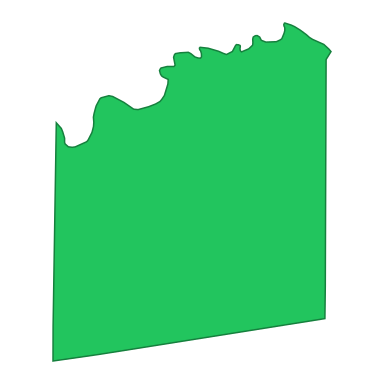 outline of Fannin, Texas, United States of America
{"feature_id": "52423323B62023249377371", "entity_name": "Fannin", "entity_type": "district", "adm_level": 2, "iso_a3": "USA", "parent_name": "United States of America", "parent_adm1": "Texas", "projection": "albers", "projection_center": [-96.114, 33.614], "detail": "fine", "context": "isolated", "style": "filled", "palette": "green", "viewbox_px": 384, "rotation_deg": 0, "n_neighbors": 0, "source": "geoboundaries", "source_scale": "gbopen_adm2", "svg_char_len": 1394}
<svg xmlns="http://www.w3.org/2000/svg" viewBox="0 0 384 384"><path d="M99.1,354.4L324.9,318.6L325.3,286.3L326.1,59.5L331.0,51.6L328.8,49.0L323.8,44.4L312.6,39.4L309.4,37.4L306.4,34.7L300.2,30.1L294.7,26.7L291.3,25.1L284.8,23.0L284.4,23.2L283.8,24.6L284.0,26.0L284.6,27.2L284.8,28.2L284.8,30.5L284.1,33.2L281.8,38.8L280.2,39.9L276.4,41.7L265.9,42.1L261.3,40.3L259.7,37.1L257.3,35.6L255.9,35.6L254.8,36.0L253.2,37.1L252.7,39.3L252.9,42.6L252.7,44.7L252.4,45.4L248.8,48.8L241.5,51.9L240.6,51.1L240.2,50.3L240.0,48.5L240.3,46.6L240.1,45.5L238.6,44.8L236.4,44.6L235.5,45.6L232.4,51.5L226.5,54.5L223.1,53.3L218.7,51.3L208.1,48.2L200.1,47.3L199.4,48.1L199.5,48.7L199.7,49.7L200.6,50.8L201.4,53.6L201.5,56.8L200.5,58.2L198.1,58.0L195.0,57.0L190.8,53.6L188.3,52.3L180.1,52.8L175.4,53.6L174.4,54.8L173.6,57.3L175.1,65.2L174.0,66.5L167.1,66.5L161.1,68.0L160.6,68.4L159.5,70.5L160.4,73.9L161.5,75.8L162.6,76.7L163.9,77.4L165.8,78.3L168.2,79.4L167.9,84.0L164.4,95.5L161.7,99.5L160.0,101.5L155.6,104.0L150.5,106.0L148.7,106.7L138.1,109.6L133.7,109.2L123.9,102.4L112.7,96.5L108.9,95.7L101.1,97.8L99.9,98.8L96.3,105.6L95.7,107.4L94.1,113.5L93.4,117.2L93.8,122.3L93.5,126.5L92.0,132.4L88.4,139.5L87.5,140.9L86.3,141.9L75.2,146.9L72.2,147.3L68.3,146.8L65.1,143.9L64.6,142.4L64.6,138.2L62.7,131.8L61.3,128.4L56.3,122.8L53.1,325.9L53.0,361.0L99.1,354.4Z" fill="#22c55e" stroke="#15803d" stroke-width="1.5"/></svg>